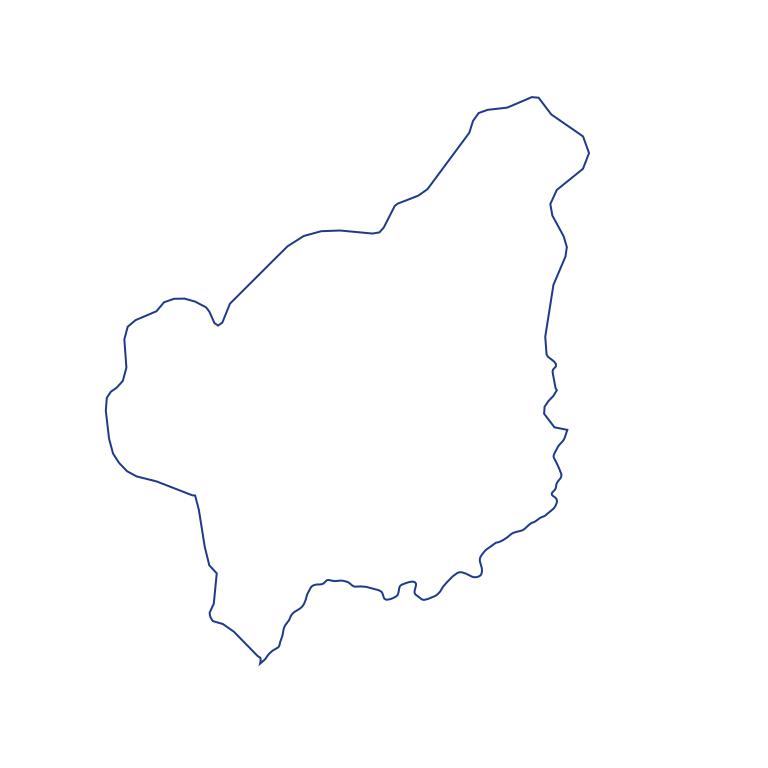 the border of Pcinjski, rotated 158°
{"feature_id": "SRB-841", "entity_name": "Pcinjski", "entity_type": "District", "adm_level": 1, "iso_a3": "SRB", "parent_name": "Republic of Serbia", "parent_adm1": "", "projection": "mercator", "projection_center": [22.074, 42.528], "detail": "fine", "context": "isolated", "style": "outline", "palette": "blue", "viewbox_px": 768, "rotation_deg": 158, "n_neighbors": 0, "source": "natural_earth", "source_scale": "10m", "svg_char_len": 3514}
<svg xmlns="http://www.w3.org/2000/svg" viewBox="0 0 768 768"><g transform="rotate(158 384 384)"><path d="M557.3,542.2L546.6,541.6L537.0,537.9L528.3,531.2L520.3,521.8L518.8,516.5L518.4,504.0L516.0,500.4L511.0,501.4L496.7,516.2L445.0,538.1L421.9,547.8L403.1,551.3L394.7,550.3L385.0,549.2L367.3,542.8L338.3,527.8L331.5,526.3L325.7,529.1L307.3,545.1L303.5,546.1L281.8,545.8L270.8,548.3L217.8,580.7L210.7,585.1L202.9,594.6L194.7,599.8L185.3,599.4L166.3,594.1L139.4,594.6L133.4,591.5L127.9,571.2L106.7,539.0L107.4,521.3L118.9,509.0L151.1,499.2L162.4,488.5L164.8,477.1L162.1,453.7L163.2,442.4L168.0,434.2L189.8,412.4L216.8,367.4L222.2,350.5L221.7,347.7L217.9,341.2L217.1,338.0L218.1,335.9L221.8,334.1L222.9,332.7L223.5,330.7L226.5,315.7L226.1,313.5L231.4,309.5L237.9,306.6L243.6,302.8L246.7,296.4L242.2,280.0L231.2,272.8L236.9,266.1L238.5,264.8L240.1,263.8L244.7,261.7L246.4,260.5L251.7,256.0L253.4,254.3L253.9,253.3L254.1,252.2L253.6,246.6L253.3,240.8L253.3,235.2L253.5,233.4L254.2,232.0L254.9,231.2L255.7,230.5L259.3,228.5L260.8,227.4L261.9,226.1L263.5,223.5L264.5,222.4L265.4,221.8L268.7,220.3L269.4,219.7L269.8,218.5L269.5,217.3L267.8,214.7L267.4,213.7L267.2,212.5L267.3,211.1L267.8,209.9L268.7,208.7L271.1,206.4L272.6,205.4L273.9,204.8L283.3,201.8L284.3,201.5L285.9,201.4L288.0,201.5L289.5,201.4L295.2,199.9L296.7,199.8L298.8,199.9L300.3,199.7L302.4,199.1L307.6,197.1L309.7,196.6L311.2,196.5L316.7,197.3L319.5,197.5L320.7,197.5L321.9,197.3L326.2,195.9L332.2,194.6L335.7,194.4L337.6,194.5L339.8,194.9L350.5,192.3L352.2,191.8L355.3,190.2L359.0,187.8L360.2,186.5L361.1,185.0L361.6,183.2L362.2,177.1L362.7,175.2L363.1,174.1L364.5,171.8L365.5,170.8L366.5,170.4L367.6,170.1L369.1,170.1L370.7,170.3L372.0,170.7L373.1,171.3L374.5,172.3L378.9,177.3L381.5,179.6L383.0,180.6L384.1,181.0L385.4,181.3L386.9,181.3L392.4,179.9L399.7,176.7L404.5,174.3L405.6,173.6L409.6,170.6L412.9,169.0L414.7,168.5L416.7,168.3L422.9,168.2L426.7,168.6L427.8,168.9L428.8,169.4L429.8,170.5L433.1,176.1L433.8,177.4L433.9,178.4L433.7,179.5L433.0,180.9L429.8,185.3L429.2,186.7L429.2,187.3L429.5,188.4L430.3,189.3L431.2,189.9L432.4,190.4L434.4,190.8L436.6,191.1L442.1,191.3L443.9,191.0L444.9,190.6L446.0,189.5L449.3,184.4L450.4,183.3L451.4,182.8L452.5,182.5L454.6,182.2L456.7,182.1L458.9,182.2L460.9,182.6L462.1,182.9L463.1,183.5L464.0,184.6L464.2,185.9L463.9,189.9L463.9,191.1L464.2,192.2L464.8,193.2L466.4,195.0L476.4,202.5L481.3,205.0L485.5,206.5L486.7,206.9L487.6,207.5L488.7,208.7L490.8,212.6L491.5,213.6L493.4,215.3L496.0,217.1L497.4,217.8L503.5,219.7L505.6,220.9L507.9,222.5L509.2,223.2L510.1,223.4L511.0,223.3L514.3,221.9L515.3,221.7L516.7,221.7L518.4,222.1L520.9,223.1L522.4,223.5L523.9,223.7L525.7,223.7L527.3,223.2L528.2,222.6L534.0,217.8L537.6,213.1L540.4,210.2L541.9,209.1L543.4,208.2L545.9,207.3L551.1,206.4L552.8,206.1L554.5,205.5L556.1,204.7L557.5,203.6L560.2,200.8L566.0,197.3L567.3,196.2L568.8,194.5L571.7,189.8L573.8,187.1L576.7,183.9L579.0,180.7L580.1,179.8L581.1,179.4L587.1,178.5L590.9,177.2L593.3,176.0L596.4,173.9L597.7,173.2L603.1,171.3L603.7,171.1L602.0,173.6L601.2,176.4L603.1,179.2L616.0,210.6L623.3,221.8L631.4,228.2L632.0,230.4L632.2,232.7L632.0,234.9L631.4,237.2L624.1,244.1L610.0,271.1L613.9,281.3L611.3,299.5L609.6,307.1L602.8,336.7L600.9,351.4L603.3,352.5L631.4,378.9L648.0,391.0L654.9,399.4L659.1,409.8L661.3,421.0L659.4,436.3L652.0,463.3L646.2,475.0L640.1,479.2L633.3,480.7L625.0,484.7L616.7,495.7L608.0,522.7L600.2,533.1L590.3,536.3L567.7,536.7L557.3,542.2Z" fill="none" stroke="#1e3a8a" stroke-width="2"/></g></svg>